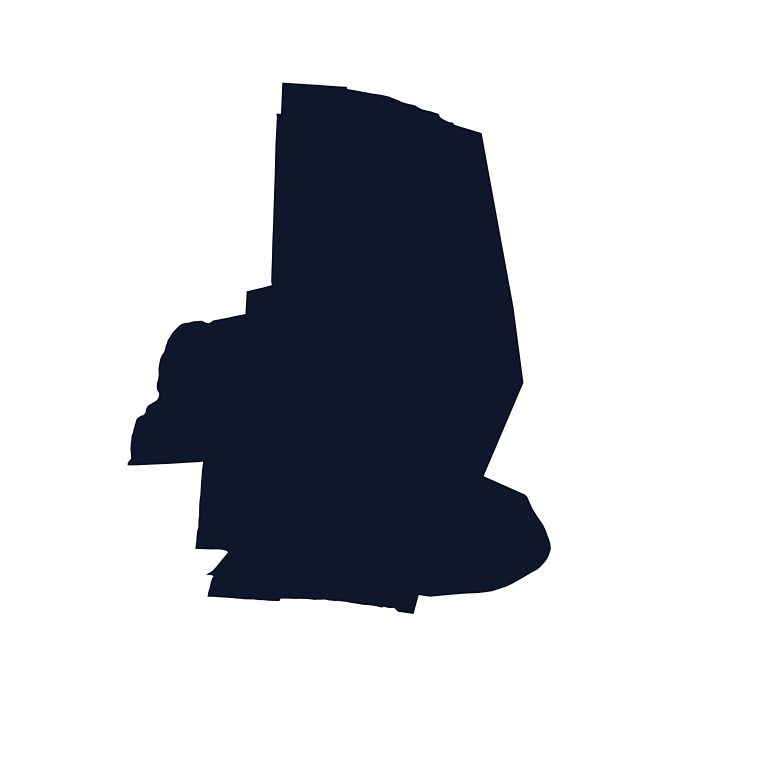 outline of Slatioara, Olt, Romania, rotated 26°
{"feature_id": "2599482B63215832934331", "entity_name": "Slatioara", "entity_type": "district", "adm_level": 2, "iso_a3": "ROU", "parent_name": "Romania", "parent_adm1": "Olt", "projection": "mercator", "projection_center": [24.319, 44.407], "detail": "fine", "context": "isolated", "style": "filled", "palette": "ink", "viewbox_px": 768, "rotation_deg": 26, "n_neighbors": 0, "source": "geoboundaries", "source_scale": "gbopen_adm2", "svg_char_len": 5426}
<svg xmlns="http://www.w3.org/2000/svg" viewBox="0 0 768 768"><g transform="rotate(26 384 384)"><path d="M605.6,459.6L604.6,457.7L602.6,454.7L599.5,451.4L596.1,448.3L592.8,445.0L588.6,441.7L585.5,439.8L579.5,436.5L571.3,431.3L561.9,423.4L561.0,423.0L559.0,422.4L558.1,422.4L556.3,422.5L554.9,422.5L553.5,422.6L513.2,424.0L512.1,402.2L508.0,322.0L466.4,259.1L392.1,158.2L361.4,116.5L344.5,119.3L333.5,121.0L331.2,119.7L327.8,120.9L326.4,121.0L323.7,121.0L321.1,120.9L318.6,120.6L316.8,120.2L314.7,118.3L313.8,118.3L313.5,118.1L312.9,118.3L312.2,118.4L311.6,118.6L311.0,118.7L310.1,118.8L309.5,118.8L308.4,119.0L306.4,119.3L302.2,120.3L297.2,121.3L295.6,121.4L295.4,121.1L294.8,121.2L292.4,121.2L291.0,120.8L288.7,121.0L282.5,122.5L276.9,123.5L271.9,123.5L266.4,124.1L262.8,124.2L255.1,126.0L246.4,128.8L233.7,132.3L222.3,135.6L221.2,135.9L220.0,134.1L215.3,136.2L203.4,141.0L192.1,145.5L184.2,148.8L175.9,152.2L161.5,158.1L174.0,186.7L169.9,188.5L172.0,191.6L172.5,193.5L174.1,197.1L175.2,199.6L177.5,205.1L183.0,217.9L188.4,229.8L194.6,243.2L201.2,258.1L206.3,269.4L210.1,278.0L213.2,284.8L215.8,290.5L220.3,301.0L223.7,308.6L228.3,318.5L232.5,328.0L238.1,340.5L240.9,344.6L240.3,345.0L233.2,351.1L224.4,358.3L220.9,361.1L221.0,361.4L229.8,382.2L224.5,386.0L222.1,387.9L217.8,391.3L214.1,394.2L209.0,398.0L203.0,402.5L202.7,403.3L202.3,404.1L201.4,405.7L201.0,406.2L200.2,406.8L199.0,407.3L198.0,407.6L196.7,407.8L195.0,407.7L193.6,407.8L192.9,407.8L192.2,408.0L191.4,408.5L190.7,409.0L189.7,409.6L188.5,410.2L187.5,410.7L186.4,411.4L185.2,412.3L184.5,412.9L183.8,413.5L182.6,414.6L181.1,415.7L179.2,416.8L178.0,417.8L177.0,418.7L176.4,419.6L175.7,420.4L175.1,421.5L174.8,422.5L174.1,424.6L173.3,426.9L172.6,429.2L172.2,431.0L171.8,434.3L171.5,437.5L171.3,439.0L171.4,441.0L171.7,442.4L171.9,445.5L172.3,447.2L172.9,449.6L173.1,451.7L172.9,453.8L172.5,455.3L172.5,456.8L172.6,459.0L173.1,461.3L173.8,463.8L174.6,466.6L175.6,469.3L176.7,471.5L177.7,473.1L178.3,474.1L178.9,476.3L179.7,478.7L179.9,480.0L180.0,481.0L180.5,482.8L181.4,485.2L182.1,486.7L183.1,488.0L184.3,489.0L185.8,489.7L186.4,490.5L187.1,491.3L187.5,492.6L188.0,494.3L188.0,495.6L187.9,497.1L187.7,498.2L187.1,499.5L186.4,500.8L185.3,502.2L184.7,503.1L183.5,505.2L182.5,506.2L182.2,507.2L181.9,508.5L181.9,509.9L182.0,511.1L182.5,512.5L182.8,513.7L182.8,514.9L182.6,516.3L182.2,517.5L181.5,518.5L180.3,519.3L179.2,521.2L178.0,523.1L177.9,525.1L178.3,527.0L178.5,528.2L178.6,529.4L178.9,530.8L179.1,532.0L179.4,532.8L179.4,533.7L179.5,534.5L179.7,535.2L180.1,536.3L180.4,537.2L180.4,539.0L180.6,540.6L181.1,542.4L182.0,544.4L182.5,545.9L182.9,547.5L184.1,550.2L185.2,553.1L187.1,556.2L189.0,559.4L189.9,560.9L190.0,561.1L190.0,561.8L190.0,562.1L189.9,562.8L189.6,564.5L189.1,566.9L189.3,567.6L189.5,568.4L190.2,568.2L190.8,568.0L194.2,566.2L197.6,564.5L207.3,559.2L213.7,555.7L227.0,548.5L234.7,544.1L243.1,539.3L250.4,535.3L255.3,532.2L256.4,533.0L256.9,534.5L257.3,535.8L257.6,536.7L257.8,537.6L258.4,539.1L258.7,540.4L259.2,541.6L259.8,543.0L260.4,544.6L262.3,549.4L263.7,552.9L265.4,557.0L268.4,564.3L270.1,569.4L271.3,572.6L274.1,578.8L275.5,581.4L277.7,587.5L279.3,591.0L280.6,593.6L280.7,594.5L281.2,597.2L282.9,602.5L285.1,607.7L285.9,610.2L286.7,612.5L287.2,613.9L287.8,613.5L291.5,611.9L297.1,609.4L302.0,607.2L306.9,604.7L311.3,603.0L312.0,602.9L314.1,602.5L315.7,602.2L316.8,602.5L317.3,602.6L317.8,602.7L318.6,602.9L316.8,610.4L315.0,617.6L313.9,622.6L313.1,625.2L312.5,627.4L312.2,627.9L311.6,628.8L311.1,629.5L310.2,630.8L309.5,631.8L311.4,631.1L312.9,630.5L314.6,630.6L315.2,630.8L315.7,631.1L315.9,631.9L315.9,632.6L315.6,633.9L315.7,635.2L315.8,636.6L316.0,637.7L316.4,639.5L317.0,641.9L317.3,643.0L318.0,647.7L318.6,649.7L319.1,651.5L320.7,650.7L322.7,649.8L324.6,648.9L325.6,648.6L326.8,648.1L328.2,647.5L329.9,646.8L331.3,646.3L332.3,645.8L343.6,641.3L345.1,640.9L346.3,640.4L347.8,639.7L349.4,639.0L351.2,638.4L353.2,637.7L354.4,637.2L355.9,636.4L358.0,635.5L358.8,635.1L359.7,634.6L360.5,634.3L361.6,633.8L363.0,633.4L364.1,633.0L365.5,632.5L367.0,631.9L368.0,631.4L368.8,631.0L369.9,630.6L370.8,630.2L371.8,629.8L372.8,629.5L373.9,629.1L375.5,628.4L377.2,627.7L378.7,627.1L380.0,626.5L380.6,626.2L381.7,625.7L384.4,624.4L384.3,622.9L384.3,621.9L385.3,621.3L386.8,620.5L388.4,619.7L390.1,618.9L391.7,618.2L393.7,617.3L396.8,615.9L398.5,615.2L399.5,614.6L401.2,613.7L403.0,612.9L408.2,610.5L409.6,609.9L411.5,609.2L413.7,608.5L415.3,608.0L416.7,607.4L418.6,606.2L420.3,605.4L421.9,604.6L423.7,603.6L424.7,603.1L426.3,602.5L429.1,601.9L431.3,601.1L433.1,600.5L434.3,600.0L435.6,599.5L436.3,599.0L437.2,598.5L438.5,598.0L439.6,597.6L441.2,597.2L442.8,596.5L444.4,596.0L445.7,595.5L447.3,595.1L449.0,594.7L451.7,593.9L454.8,592.9L456.1,592.5L458.0,591.9L459.5,591.5L461.0,591.1L462.3,590.7L463.5,590.2L464.6,589.7L465.7,589.2L466.9,588.6L468.5,588.2L470.9,587.4L473.5,586.6L475.6,586.0L476.7,585.9L479.6,585.2L480.5,584.1L481.7,583.5L484.1,583.0L486.6,582.4L491.6,579.7L492.6,580.4L496.0,581.6L496.4,581.7L499.2,580.8L504.9,579.0L510.5,577.2L507.3,560.6L506.8,557.9L518.3,554.3L533.5,545.0L542.1,539.9L548.6,536.1L555.0,532.6L560.1,529.8L564.9,526.7L566.3,525.8L571.2,522.4L576.1,517.8L581.6,512.5L585.7,507.5L590.0,501.3L594.3,495.0L597.8,489.6L599.2,487.4L600.9,485.4L602.5,482.9L603.8,480.0L604.9,476.5L605.8,473.3L606.2,471.3L606.5,468.7L606.4,465.5L606.0,462.6L605.6,459.6Z" fill="#0f172a" stroke="#020617" stroke-width="1.5"/></g></svg>